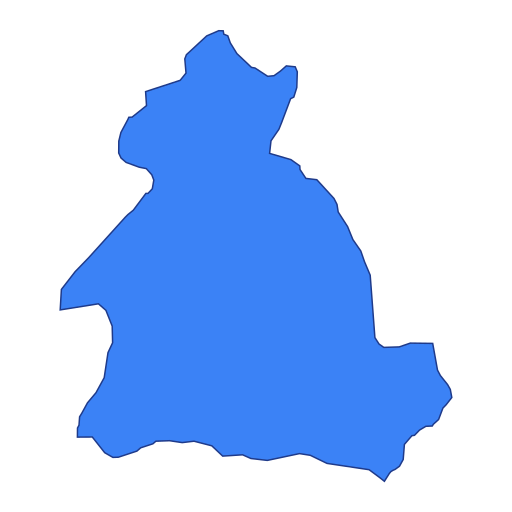 San Juan Ermita, Chiquimula, Guatemala
{"feature_id": "79465075B27447388470202", "entity_name": "San Juan Ermita", "entity_type": "district", "adm_level": 2, "iso_a3": "GTM", "parent_name": "Guatemala", "parent_adm1": "Chiquimula", "projection": "equal_earth", "projection_center": [-89.425, 14.743], "detail": "fine", "context": "isolated", "style": "filled", "palette": "blue", "viewbox_px": 512, "rotation_deg": 0, "n_neighbors": 0, "source": "geoboundaries", "source_scale": "gbopen_adm2", "svg_char_len": 1607}
<svg xmlns="http://www.w3.org/2000/svg" viewBox="0 0 512 512"><path d="M60.2,309.9L98.4,303.8L105.9,310.3L112.2,326.1L112.6,342.8L108.0,352.6L104.2,377.7L96.0,392.7L87.5,402.8L81.8,413.2L79.6,416.8L79.0,425.2L77.5,428.0L77.4,437.1L92.3,437.0L104.7,452.7L112.9,457.4L118.4,457.2L136.9,451.1L140.7,447.8L152.9,443.8L155.9,441.2L169.5,440.7L182.2,442.6L194.0,441.2L211.8,445.8L222.7,456.1L242.6,454.8L250.9,458.5L267.3,460.4L299.5,453.6L310.3,455.3L327.0,463.4L369.1,469.7L379.6,477.5L384.4,481.3L389.3,473.5L390.9,471.6L393.0,470.3L395.1,469.4L399.5,466.2L403.2,459.5L404.4,444.4L411.9,435.7L414.5,435.3L419.5,430.1L425.9,426.3L432.3,426.0L433.3,424.3L438.6,419.5L442.9,408.1L446.1,404.8L451.8,397.5L450.3,389.4L447.6,384.6L440.4,375.6L437.5,370.1L432.7,343.4L410.3,343.1L399.2,346.9L383.8,347.4L379.0,344.0L374.9,337.6L370.2,275.2L364.5,261.7L360.8,251.0L352.9,239.6L347.6,226.6L338.2,212.0L337.0,204.4L334.0,198.5L316.8,179.7L305.9,178.4L300.0,169.5L299.8,165.9L290.9,159.6L269.6,153.4L271.0,140.8L278.9,129.3L281.6,122.6L290.6,98.7L293.8,97.1L296.8,87.5L297.3,71.8L295.2,66.8L286.3,65.9L280.3,71.2L274.0,75.7L267.7,76.3L255.0,68.0L251.5,67.4L236.9,53.6L230.3,42.9L227.8,35.8L223.8,34.2L223.2,30.8L218.7,30.7L206.7,35.9L186.4,54.7L184.8,58.9L186.0,73.1L180.2,80.3L145.6,91.6L146.5,105.6L132.1,117.1L128.8,117.3L127.9,119.4L120.9,132.5L118.8,141.1L118.7,153.0L121.0,158.0L126.1,162.4L139.2,167.2L146.3,168.6L151.8,174.8L153.8,180.1L152.3,188.8L148.0,193.4L145.9,193.4L133.3,210.2L128.0,214.5L125.1,217.4L88.5,257.9L75.2,271.6L61.4,289.4L60.2,309.9Z" fill="#3b82f6" stroke="#1e3a8a" stroke-width="1.5"/></svg>